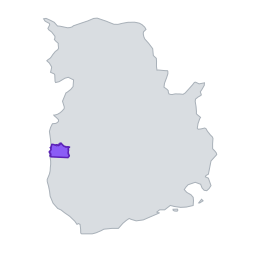 location of Trapeang Prasat, Siemréab, Cambodia, rotated 273°
{"feature_id": "14789045B58524041159765", "entity_name": "Trapeang Prasat", "entity_type": "district", "adm_level": 2, "iso_a3": "KHM", "parent_name": "Cambodia", "parent_adm1": "Siemréab", "projection": "mercator", "projection_center": [104.395, 14.168], "detail": "fine", "context": "in_parent", "style": "filled", "palette": "violet", "viewbox_px": 256, "rotation_deg": 273, "n_neighbors": 0, "source": "geoboundaries", "source_scale": "gbopen_adm2", "svg_char_len": 5149}
<svg xmlns="http://www.w3.org/2000/svg" viewBox="0 0 256 256"><g transform="rotate(273 128 128)"><path d="M232.6,38.0L233.2,40.4L231.5,44.8L229.7,48.8L226.2,52.2L226.1,54.8L224.9,62.5L225.3,64.9L226.1,67.0L227.2,68.1L230.2,75.6L232.9,82.4L235.6,87.9L236.1,91.5L233.6,100.4L230.8,108.6L231.0,112.7L232.2,116.7L233.5,122.2L234.0,129.1L233.3,133.7L232.0,136.5L229.6,139.4L227.4,140.8L224.8,138.4L222.8,138.3L220.0,139.0L217.8,140.1L213.4,144.4L208.5,148.5L201.7,149.5L199.1,152.6L196.2,153.0L190.9,153.2L187.3,153.9L187.5,155.4L187.2,162.7L187.3,164.4L186.8,164.8L184.3,165.0L180.2,163.9L174.6,162.1L170.7,161.8L168.6,165.0L167.4,166.2L165.9,166.4L164.3,167.0L163.8,168.4L163.7,170.2L164.5,173.2L164.7,177.9L164.5,181.2L166.0,183.3L174.5,190.2L177.0,191.9L177.3,193.0L175.8,196.7L177.1,202.0L174.5,201.9L170.0,199.6L167.9,198.3L165.3,199.4L164.4,199.2L162.7,196.5L160.4,193.9L158.1,193.7L153.1,194.8L148.0,195.5L146.1,195.5L145.3,196.0L142.4,199.9L141.2,199.2L136.1,197.7L131.4,197.2L130.4,198.2L131.0,201.4L132.0,204.6L131.4,205.9L128.9,207.5L125.5,210.5L123.4,212.8L122.0,213.4L116.8,213.3L111.7,213.6L109.7,215.8L107.7,217.5L106.1,218.0L99.4,212.6L86.1,210.7L84.6,208.3L83.3,207.8L82.1,210.9L74.8,213.9L71.7,212.1L69.5,209.9L69.8,207.3L72.0,205.1L75.6,203.5L77.3,198.0L74.5,191.0L72.1,189.0L69.5,187.4L66.8,190.0L64.6,194.4L62.2,196.7L58.9,197.2L54.0,197.1L52.1,190.4L51.5,184.7L52.1,178.1L52.9,174.3L48.2,168.9L47.9,163.8L45.6,161.2L45.0,162.5L45.0,164.0L44.4,162.9L37.0,148.0L35.7,141.0L37.0,135.7L37.7,133.9L35.6,131.1L32.6,127.9L27.3,123.7L26.9,117.1L25.7,109.2L24.1,106.6L21.7,101.7L20.4,97.7L19.9,87.2L20.6,86.3L24.4,86.0L29.2,85.2L30.0,83.5L29.1,82.1L32.2,79.7L36.7,74.5L40.1,69.0L42.6,65.5L44.0,62.0L49.0,57.1L55.9,53.8L60.6,53.0L65.4,51.8L70.1,50.2L72.3,50.0L78.1,52.0L81.2,52.5L84.5,52.5L87.9,52.7L90.9,52.5L97.9,51.1L105.5,52.2L112.2,51.3L120.5,49.7L124.6,50.7L128.3,52.3L128.8,55.6L129.7,57.1L130.9,58.2L132.6,58.2L134.7,55.9L136.4,53.6L137.0,53.2L137.1,54.3L138.0,56.9L139.6,59.3L141.2,61.0L143.9,63.2L145.6,63.3L151.3,61.2L159.8,64.2L160.8,65.7L163.5,68.8L166.5,71.0L173.2,71.1L175.5,65.7L174.4,62.4L170.6,56.7L169.6,53.3L170.8,52.7L177.2,52.1L178.2,51.4L179.6,47.7L181.4,48.1L184.9,48.6L188.7,46.1L190.9,43.4L192.1,44.6L193.5,46.5L194.9,47.6L197.6,49.2L200.6,51.4L202.5,53.7L204.0,54.5L207.8,53.9L208.8,54.0L211.0,51.3L212.6,49.8L213.9,50.3L215.8,50.2L219.8,46.8L222.0,43.6L223.3,42.8L226.9,44.4L228.3,44.0L230.3,39.7L232.6,38.0ZM49.6,181.6L48.9,182.0L48.2,182.0L47.5,181.4L47.5,179.0L48.0,177.5L49.2,177.2L49.6,181.6ZM60.7,205.2L59.2,206.8L56.9,203.5L56.9,202.5L60.7,205.2Z" fill="#d9dde1" stroke="#a8b0b8" stroke-width="1"/><path d="M107.7,53.2L107.6,52.8L107.6,52.7L107.3,52.6L107.1,52.7L106.9,52.7L106.7,52.6L106.4,52.6L106.2,52.4L105.7,52.2L105.4,52.3L105.2,52.4L105.0,52.2L104.9,52.0L104.6,52.0L104.4,52.1L104.3,51.9L104.1,51.8L104.1,51.6L103.9,51.7L103.8,51.8L103.7,51.9L103.6,52.0L103.4,52.0L103.2,52.2L103.0,52.3L102.7,52.2L102.3,52.1L102.2,52.2L101.8,52.0L101.7,51.9L101.5,51.7L101.4,51.7L101.2,51.6L100.9,51.4L100.7,51.0L100.6,50.9L100.4,51.0L100.3,50.9L100.2,50.8L100.0,50.6L99.9,50.6L99.7,50.8L99.3,50.9L99.2,51.1L98.9,51.3L99.0,51.4L99.0,51.5L98.9,51.6L98.8,51.8L98.7,51.9L98.1,52.1L97.5,52.3L97.3,52.3L97.2,52.2L96.9,51.8L96.8,51.7L96.7,51.6L96.3,51.6L96.2,51.6L95.9,51.8L95.7,51.8L95.6,52.0L95.8,52.1L95.7,52.2L95.7,52.3L95.8,52.5L95.7,52.7L95.2,52.7L95.3,69.6L95.5,69.7L95.8,69.8L95.9,70.0L96.0,70.1L96.3,70.4L96.6,70.6L96.8,70.7L97.2,70.7L97.4,70.8L97.5,70.8L97.7,70.6L97.8,70.6L97.9,70.4L98.1,70.4L98.4,70.2L98.5,70.1L98.7,69.9L98.9,69.8L99.0,69.7L99.3,69.6L99.6,69.6L99.8,69.8L99.9,69.7L100.1,69.5L100.5,69.5L100.8,69.5L101.0,69.6L101.3,69.6L101.6,69.6L101.9,69.6L102.2,69.6L102.3,69.6L102.5,69.6L102.8,69.8L102.9,69.7L103.0,69.7L103.2,69.4L103.3,69.4L103.6,69.4L103.8,69.5L103.9,69.4L104.0,69.4L104.1,69.5L104.4,69.4L104.5,69.4L104.8,69.5L105.0,69.7L105.3,69.8L105.5,70.2L105.5,70.3L105.6,70.5L105.8,70.5L105.8,70.4L105.9,70.2L106.0,70.0L105.9,69.9L105.8,69.7L106.0,69.5L106.1,69.2L106.1,68.8L106.0,68.6L106.0,68.4L105.8,68.1L105.7,68.0L105.7,67.9L105.8,67.5L105.8,67.4L106.0,67.3L106.0,67.2L105.9,66.8L106.0,66.8L106.2,66.7L106.2,66.4L106.2,66.2L106.2,65.8L106.3,65.7L106.4,65.4L106.5,65.2L106.6,64.7L106.8,64.7L107.0,64.6L107.1,64.4L107.3,64.1L107.3,63.9L107.5,63.8L107.5,63.7L107.8,63.4L108.0,63.3L108.1,63.2L108.3,62.9L108.5,62.8L108.7,62.6L108.7,62.4L108.8,62.4L109.1,62.2L109.3,62.0L109.4,61.9L109.4,61.7L109.2,61.5L109.2,61.4L109.0,61.2L108.9,61.3L108.9,61.2L108.7,61.2L108.4,61.0L108.3,60.9L108.2,60.8L108.3,60.8L108.2,60.9L108.0,60.7L107.9,60.7L107.9,60.4L107.7,60.3L107.5,60.2L107.4,60.1L107.5,60.0L107.4,60.0L107.4,59.9L107.2,59.8L107.2,59.7L107.1,59.4L106.9,59.4L106.8,59.2L106.7,59.1L106.8,58.9L107.0,58.9L107.3,58.9L107.4,58.6L107.3,58.4L107.4,58.2L107.5,58.1L107.6,57.9L107.5,57.7L107.5,57.4L107.5,57.2L107.4,57.0L107.5,57.0L107.3,56.9L107.2,56.9L107.3,56.8L107.3,56.7L107.3,56.4L107.2,56.3L107.3,56.2L107.3,55.9L107.2,55.8L107.3,55.6L107.3,55.4L107.4,55.0L107.5,54.9L107.5,54.7L107.6,54.4L107.7,54.2L107.7,53.7L107.7,53.4L107.7,53.2Z" fill="#8b5cf6" stroke="#5b21b6" stroke-width="1.5"/></g></svg>